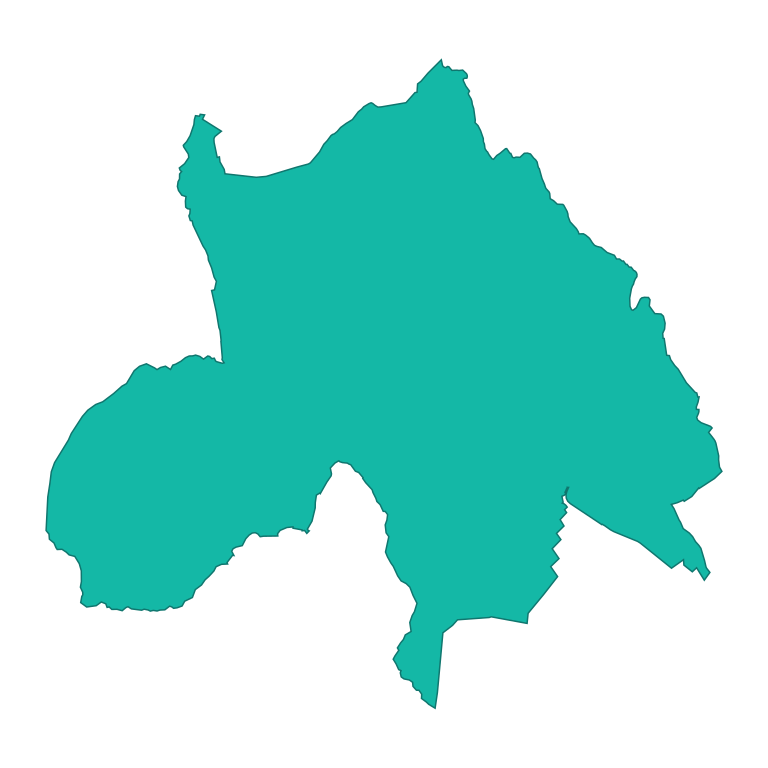 the district of Chocamán, Veracruz, Mexico
{"feature_id": "50627088B3322370739552", "entity_name": "Chocamán", "entity_type": "district", "adm_level": 2, "iso_a3": "MEX", "parent_name": "Mexico", "parent_adm1": "Veracruz", "projection": "equal_earth", "projection_center": [-97.034, 19.0], "detail": "fine", "context": "isolated", "style": "filled", "palette": "teal", "viewbox_px": 768, "rotation_deg": 0, "n_neighbors": 0, "source": "geoboundaries", "source_scale": "gbopen_adm2", "svg_char_len": 6075}
<svg xmlns="http://www.w3.org/2000/svg" viewBox="0 0 768 768"><path d="M435.1,708.2L437.4,692.6L442.9,632.8L452.6,625.3L457.5,619.8L489.2,617.5L491.2,616.8L527.1,623.4L528.1,613.3L543.7,594.4L557.6,576.6L550.7,566.6L559.0,558.6L552.2,548.7L560.9,539.6L556.5,533.4L564.0,526.0L560.1,519.6L566.6,512.6L564.6,509.7L567.2,507.1L565.8,505.2L563.5,503.4L562.3,503.1L563.1,502.0L561.9,496.3L564.2,495.3L566.1,493.2L565.0,492.4L566.7,488.5L567.3,488.0L567.2,487.3L568.6,487.4L566.8,491.6L566.0,494.8L566.3,498.3L567.8,501.3L570.3,503.6L601.8,524.6L602.3,524.3L604.7,525.7L610.5,529.8L614.0,531.7L637.6,541.4L640.3,543.1L671.5,568.2L683.5,559.7L683.9,565.1L692.3,571.8L696.6,567.8L704.3,580.2L709.9,572.4L706.6,568.2L706.0,566.9L704.5,560.4L700.9,548.3L698.8,545.3L695.5,541.6L692.6,536.6L689.4,533.1L683.2,528.6L680.5,522.2L679.1,520.0L674.0,508.6L671.3,504.4L677.3,502.7L683.3,500.1L684.2,501.3L691.8,496.5L698.7,488.0L699.1,488.5L714.6,478.4L721.9,471.4L719.5,467.1L718.6,459.8L718.7,455.9L715.9,443.2L715.0,440.9L713.7,438.9L708.6,432.4L712.1,428.0L710.6,426.4L701.1,422.7L697.6,420.0L696.7,417.4L698.4,413.5L698.9,411.6L698.9,409.5L696.4,409.4L696.3,407.0L698.0,402.2L699.1,396.9L697.8,397.0L696.8,393.0L695.2,392.4L686.4,382.8L678.2,369.2L674.7,365.5L670.7,359.7L669.4,355.6L666.7,355.3L664.2,338.5L663.1,338.3L662.7,333.3L664.6,329.1L665.1,323.2L663.4,316.2L661.1,314.0L654.8,313.6L649.3,306.0L650.0,299.8L648.5,297.5L644.5,297.3L641.9,297.8L640.4,299.1L636.4,307.6L633.0,310.3L631.5,309.7L630.0,306.3L629.7,298.2L631.4,288.8L632.4,286.0L633.5,284.2L634.1,281.8L635.3,278.9L636.9,276.7L637.0,274.3L636.3,272.4L634.8,270.9L633.6,270.4L631.2,267.2L629.2,267.1L627.0,264.3L625.9,264.4L623.5,261.0L622.1,261.1L619.5,259.0L616.5,259.0L614.4,255.3L607.1,252.5L601.3,247.5L596.9,246.4L594.5,245.3L592.4,242.8L589.5,238.3L585.8,235.2L583.4,233.8L579.0,233.9L578.2,231.6L576.3,228.5L570.1,221.8L568.1,216.5L567.9,214.0L567.1,211.4L563.8,205.3L562.8,204.4L557.3,204.2L553.6,200.7L550.2,198.7L549.7,193.4L549.1,192.0L545.9,188.4L545.3,186.9L544.4,184.0L542.0,178.5L539.3,168.7L538.4,167.6L537.9,165.7L537.1,162.0L535.6,159.8L533.7,158.1L530.5,154.0L527.5,153.1L524.3,153.3L520.0,157.3L516.0,157.1L514.1,157.8L512.5,157.3L510.8,153.4L509.9,153.3L506.7,148.6L505.5,148.7L500.2,153.2L496.8,155.5L493.5,159.3L492.0,158.8L489.0,154.7L487.5,151.9L486.7,151.3L485.0,148.6L484.4,144.1L483.4,141.7L483.3,138.5L480.6,130.7L478.0,125.6L475.0,122.6L475.3,120.2L473.7,108.5L472.3,104.3L471.9,101.3L471.1,98.9L468.7,94.9L468.3,93.2L469.5,91.1L465.9,86.2L463.4,80.9L463.2,79.2L464.5,78.3L466.8,78.2L467.3,76.8L467.2,75.2L466.5,73.7L462.7,70.1L458.9,70.5L457.0,70.2L451.9,70.4L448.8,66.7L447.3,66.5L446.1,67.6L444.6,67.4L443.5,66.7L442.6,65.7L441.3,59.8L428.0,73.1L421.1,81.2L417.6,83.9L417.0,92.3L415.0,92.6L406.0,102.7L381.2,106.9L377.9,107.1L375.2,105.5L372.6,103.4L371.1,102.8L369.0,103.6L363.7,106.8L361.6,109.2L358.4,111.7L352.4,119.6L346.2,123.4L340.6,127.5L337.2,131.5L334.4,133.8L332.5,134.5L331.0,135.6L327.1,140.8L323.8,144.3L319.6,151.9L310.4,162.8L308.4,164.0L296.9,167.1L266.2,176.4L256.3,177.3L225.0,173.8L224.2,169.4L220.0,161.9L219.4,156.9L217.2,157.4L214.1,142.4L213.9,138.7L214.9,136.5L221.4,131.2L202.5,119.3L204.6,114.9L200.2,114.3L199.5,116.2L195.5,115.7L194.4,119.5L193.9,124.6L190.1,135.7L186.7,141.6L183.3,145.3L183.7,146.9L188.3,154.0L188.8,157.5L184.6,163.7L179.3,168.0L180.2,170.4L181.6,171.5L179.6,174.0L179.5,179.0L178.1,181.6L177.4,186.5L178.5,190.5L181.8,195.2L186.0,196.6L185.4,201.1L185.7,207.1L187.5,208.7L190.2,209.2L189.9,213.5L188.9,215.9L190.3,220.5L192.2,220.9L193.1,225.1L203.0,246.0L205.6,250.0L208.0,255.9L208.4,260.1L211.6,267.9L214.1,277.1L216.4,281.3L214.5,289.9L211.6,290.5L216.3,311.8L218.9,327.5L220.0,330.4L221.1,340.4L220.9,341.2L222.3,357.6L222.0,359.6L224.1,362.8L222.3,363.3L216.7,361.7L215.6,361.0L214.3,358.2L211.8,358.6L209.7,356.5L207.8,356.0L203.5,359.1L199.8,356.4L195.6,355.1L192.7,355.9L189.2,356.0L185.4,357.7L180.9,361.3L175.6,364.2L172.8,365.1L170.5,369.5L165.5,366.2L160.5,367.5L157.0,369.6L154.6,367.9L146.4,363.8L139.5,366.3L134.2,370.7L126.5,383.6L121.9,386.2L113.7,393.5L102.7,401.8L95.7,404.5L87.8,410.2L82.4,416.4L71.3,433.5L68.4,440.1L54.6,462.6L51.3,471.8L49.9,483.4L47.8,497.0L46.1,530.5L49.0,534.1L49.4,539.2L54.0,543.0L56.0,547.7L57.2,549.5L62.0,549.3L66.2,552.1L69.1,554.9L74.8,556.4L79.3,563.7L81.3,570.8L81.4,581.6L80.4,587.2L82.7,592.2L82.8,594.8L81.8,596.4L80.7,602.6L86.7,607.0L96.2,605.7L101.3,602.0L105.8,603.8L107.1,607.4L109.2,607.0L111.8,609.4L117.0,609.3L122.2,610.7L125.9,607.6L128.0,606.7L131.4,608.9L141.7,610.2L144.1,609.2L148.2,610.0L150.3,611.1L153.3,610.4L157.1,611.0L159.8,610.1L164.9,609.8L169.6,606.2L171.6,606.8L173.6,608.3L177.1,607.8L182.1,606.0L184.7,601.2L192.4,597.5L195.3,589.6L201.5,585.0L205.1,579.8L209.1,576.2L213.9,571.0L216.1,566.7L221.5,564.3L227.6,564.0L227.0,562.6L232.6,555.3L233.9,555.5L231.7,551.2L233.1,548.7L236.1,547.1L242.3,545.6L245.8,538.7L249.2,535.0L252.3,533.0L255.3,532.7L257.8,533.9L260.2,536.7L263.5,536.2L277.8,536.0L277.6,533.7L280.1,530.4L286.9,527.5L293.0,526.9L293.0,528.2L302.0,529.9L302.1,530.8L304.6,530.5L306.8,533.4L309.2,530.9L308.3,530.5L307.4,529.1L312.0,521.2L315.2,507.9L315.3,502.6L316.4,495.1L319.9,493.0L320.3,493.6L326.9,482.0L331.1,475.9L331.5,473.9L330.3,468.0L335.0,463.0L338.8,460.8L339.7,461.7L342.5,462.6L347.4,463.1L348.9,464.1L350.7,464.7L355.4,471.2L358.7,472.5L363.1,477.7L362.7,478.4L365.7,482.7L372.1,489.7L373.0,492.6L375.9,498.4L376.9,501.5L380.1,504.6L383.2,511.3L385.3,511.5L387.6,514.6L386.9,520.1L385.2,524.9L386.1,532.8L388.8,536.6L385.5,552.0L387.5,556.9L390.9,563.0L393.3,566.4L397.7,575.9L401.1,580.9L406.2,583.6L409.9,587.2L413.0,595.3L417.0,603.3L414.4,611.8L412.2,615.5L409.8,622.5L411.1,631.5L405.3,634.9L403.4,639.5L400.6,642.9L397.4,647.9L398.8,650.3L394.9,656.0L393.2,659.2L396.1,663.9L398.7,669.6L401.0,670.6L400.3,672.9L401.2,676.9L404.0,678.9L409.4,680.0L412.6,682.3L413.0,686.4L416.4,690.2L419.0,690.3L421.7,694.2L421.5,698.5L426.3,702.0L428.8,704.4L435.1,708.2Z" fill="#14b8a6" stroke="#0f766e" stroke-width="1.5"/></svg>